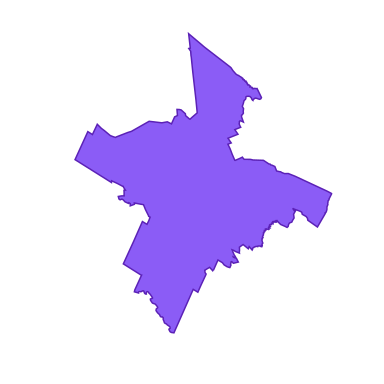 Ugāles pag., Ventspils, Latvia (Natural Earth projection), rotated 40°
{"feature_id": "27541924B38189236696308", "entity_name": "Ugāles pag.", "entity_type": "district", "adm_level": 2, "iso_a3": "LVA", "parent_name": "Latvia", "parent_adm1": "Ventspils", "projection": "natural_earth1", "projection_center": [21.987, 57.232], "detail": "fine", "context": "isolated", "style": "filled", "palette": "violet", "viewbox_px": 384, "rotation_deg": 40, "n_neighbors": 0, "source": "geoboundaries", "source_scale": "gbopen_adm2", "svg_char_len": 5787}
<svg xmlns="http://www.w3.org/2000/svg" viewBox="0 0 384 384"><g transform="rotate(40 192 192)"><path d="M81.6,242.4L124.2,236.5L123.2,235.1L129.5,233.4L135.2,232.2L135.6,231.9L136.6,232.4L139.8,233.4L138.8,234.4L141.0,236.8L141.3,237.3L142.5,238.5L140.3,240.5L138.4,242.8L140.5,244.3L141.6,244.3L142.2,243.9L142.5,243.0L143.2,242.4L144.5,242.2L146.9,242.6L150.6,241.6L150.5,240.8L152.1,240.6L153.6,242.3L155.8,238.4L154.9,237.5L163.0,232.9L167.7,235.4L174.4,238.3L174.5,238.5L176.1,238.2L176.6,239.7L177.3,241.6L178.3,245.7L173.0,246.5L179.1,267.6L185.6,291.2L206.1,288.4L206.5,288.3L206.8,288.1L211.1,303.7L212.0,305.5L215.8,303.8L215.5,303.6L215.3,302.9L215.6,302.2L217.0,301.2L217.3,300.7L217.6,299.7L218.0,299.2L218.5,298.9L218.8,298.9L220.4,299.9L221.3,300.1L222.5,299.8L222.6,299.4L221.8,298.9L221.6,298.5L221.5,297.8L221.8,297.1L222.1,296.8L223.0,296.8L223.9,297.1L225.6,297.2L228.6,298.0L229.8,298.5L230.0,298.8L229.8,299.2L229.4,299.8L228.9,300.7L229.1,301.0L229.7,301.5L230.5,301.8L233.0,302.5L233.8,302.3L235.6,301.6L236.1,301.5L239.3,302.1L240.1,302.7L239.8,304.6L240.6,305.9L241.0,306.1L243.3,306.7L245.9,306.8L247.9,307.7L248.8,307.5L249.3,306.9L249.7,306.7L250.9,306.9L251.3,307.3L251.4,307.7L251.9,308.2L253.7,309.1L254.9,309.9L256.1,309.9L256.8,309.6L257.4,309.5L258.4,309.7L261.4,309.4L261.9,309.6L262.8,310.3L262.9,310.6L262.5,311.6L262.5,311.9L262.8,312.2L264.4,312.9L265.1,313.1L266.4,312.9L268.7,311.5L268.2,309.8L255.5,265.8L260.9,265.0L258.8,257.7L255.7,246.1L255.4,245.7L253.9,245.4L252.1,243.8L252.3,243.4L252.2,243.3L253.9,238.4L258.4,239.0L258.2,238.4L258.6,237.8L255.6,227.4L260.7,226.6L263.5,227.2L266.9,226.7L269.4,225.7L269.6,225.5L268.8,222.9L268.1,222.7L267.4,221.3L266.8,220.5L267.2,219.8L269.5,220.0L272.5,215.9L269.0,214.4L268.1,214.2L267.4,214.8L265.6,215.3L265.4,215.2L267.3,214.7L267.9,214.2L266.6,213.6L264.2,212.9L263.5,212.4L261.9,211.7L261.3,211.2L259.9,210.5L261.9,209.8L263.4,209.7L267.6,208.3L267.1,207.9L265.9,206.1L263.8,203.8L264.9,199.4L271.6,199.3L270.9,197.1L275.4,197.8L275.2,196.9L274.7,196.4L274.6,196.2L274.8,195.2L275.1,194.7L275.0,194.0L275.7,193.3L275.9,192.6L276.4,192.2L277.5,191.6L277.3,191.0L278.1,190.2L278.9,189.7L279.9,189.5L280.6,189.1L280.7,188.9L280.1,188.5L280.3,188.4L280.3,187.9L280.0,187.6L279.2,187.1L279.1,186.9L279.2,185.9L279.0,185.5L278.1,185.1L277.5,184.6L276.6,184.0L276.5,183.8L276.2,183.5L276.1,183.0L275.7,182.9L275.7,182.7L275.9,182.3L275.3,181.7L275.5,181.1L274.7,180.8L274.4,179.7L274.4,179.2L273.8,178.6L273.8,178.1L273.0,177.4L273.3,176.9L272.8,176.2L273.2,175.7L273.0,174.9L272.3,174.8L272.9,174.0L272.2,173.2L272.9,173.0L272.6,172.6L272.7,172.4L273.3,172.2L274.8,171.5L275.0,171.1L274.5,170.5L273.9,170.4L273.4,170.0L273.4,169.8L274.6,169.3L273.3,168.7L272.7,168.9L272.9,168.7L274.0,167.9L272.6,167.3L272.6,167.1L272.8,166.4L273.2,166.1L273.8,166.0L274.0,165.7L273.9,165.4L273.2,164.5L273.9,164.0L274.3,164.0L273.8,163.4L273.0,163.2L273.0,162.6L273.2,162.4L274.1,162.4L274.7,161.8L274.8,161.5L274.2,161.3L274.5,160.8L274.7,160.7L275.7,161.2L276.1,160.6L276.0,160.4L275.0,160.1L274.8,160.0L274.8,159.8L275.7,159.6L275.7,159.3L277.3,159.6L280.8,159.9L285.1,158.6L287.6,158.0L287.8,156.6L286.9,154.9L286.6,153.1L287.8,150.9L287.3,149.1L286.9,146.3L284.1,143.7L283.4,140.0L282.5,140.6L279.6,139.8L281.1,139.5L286.2,137.6L287.9,137.1L289.1,137.0L290.8,138.2L295.2,137.4L297.3,137.9L298.9,139.2L310.6,138.2L307.9,122.7L307.4,122.5L307.4,122.1L307.7,121.5L307.3,120.2L306.6,118.7L304.9,116.6L304.2,114.3L303.2,113.4L302.9,112.7L301.9,111.2L302.0,110.3L301.8,109.6L301.5,109.4L300.1,103.6L299.5,103.5L294.6,104.6L260.7,113.7L253.8,116.0L251.1,118.4L248.2,119.4L247.0,119.5L245.5,120.4L243.3,121.5L239.1,119.2L236.1,120.0L235.0,120.6L234.0,120.4L232.8,121.1L226.4,121.8L218.1,128.3L216.8,128.9L215.6,129.6L211.0,133.4L209.7,133.3L208.2,132.9L207.0,135.6L204.7,140.1L204.4,140.2L198.4,137.2L193.4,134.4L188.8,132.3L190.5,129.2L185.0,127.7L190.1,118.2L184.7,116.7L187.7,111.1L186.6,110.7L184.3,109.5L183.6,108.2L183.0,107.6L183.0,106.9L183.3,106.4L184.2,106.0L186.4,105.4L181.7,102.6L180.9,101.8L180.6,101.1L180.9,100.6L180.7,98.6L179.4,97.3L177.9,95.0L175.7,94.2L175.4,93.8L174.5,91.4L173.2,88.7L173.2,87.8L173.4,86.8L173.3,86.2L172.9,85.4L172.2,84.7L172.3,84.0L172.5,83.5L173.9,82.2L175.0,81.6L176.8,81.7L177.8,82.3L178.7,82.6L179.6,82.8L179.9,82.7L179.5,82.2L179.4,81.7L179.7,80.9L180.0,79.6L180.3,79.3L181.5,78.6L183.0,78.1L184.4,77.4L184.6,76.7L184.8,76.3L184.5,75.0L175.3,70.9L174.8,71.5L173.4,72.3L173.2,72.7L172.6,73.1L172.6,73.3L172.3,73.4L172.3,73.6L172.0,73.6L171.9,73.8L171.7,73.7L171.6,73.8L171.5,73.7L171.4,73.7L170.9,73.3L170.7,73.5L170.8,73.6L170.2,73.7L169.7,73.6L169.0,73.7L168.8,73.5L168.7,73.8L168.6,73.6L167.7,73.6L167.2,73.4L166.9,73.5L166.7,73.4L166.4,73.7L166.2,73.6L165.7,73.6L165.7,73.8L165.4,73.6L165.0,73.7L164.9,73.6L164.7,73.7L164.4,73.4L164.3,73.2L163.8,73.2L163.7,73.1L163.5,72.8L162.9,73.0L162.8,72.9L162.8,73.0L162.6,73.1L162.4,73.2L162.0,73.0L161.8,73.0L161.8,72.9L161.5,73.0L161.3,72.8L161.1,73.0L160.5,72.7L160.1,72.8L160.0,72.6L159.9,72.5L159.7,72.6L159.1,72.9L159.0,72.6L158.6,72.6L158.3,72.8L158.0,72.4L157.8,72.5L157.5,72.5L157.5,72.4L156.9,72.5L156.7,72.3L156.2,72.5L155.7,72.4L153.7,72.8L152.9,72.7L151.8,73.2L149.8,73.4L145.3,72.7L141.9,71.7L140.3,71.7L138.2,71.8L108.5,73.0L87.7,72.9L98.2,82.9L97.3,84.1L100.5,85.0L103.6,88.2L104.7,89.1L115.6,99.7L135.2,118.3L144.8,127.7L145.1,128.1L144.0,135.0L143.7,137.5L143.3,137.7L138.0,137.6L136.6,136.3L130.9,136.1L129.2,137.0L127.4,138.4L131.7,142.8L130.4,145.6L132.5,153.0L128.0,154.1L124.4,158.4L113.7,165.4L106.6,184.5L104.6,187.6L98.6,198.5L98.3,199.4L95.5,200.5L93.1,201.3L85.5,201.3L81.7,201.5L75.9,201.0L76.0,201.3L78.8,212.0L73.4,212.7L81.6,242.4Z" fill="#8b5cf6" stroke="#5b21b6" stroke-width="1.5"/></g></svg>